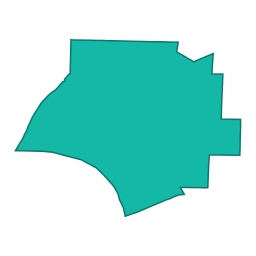 outline of Cetate, Dolj, Romania
{"feature_id": "2599482B60212600347898", "entity_name": "Cetate", "entity_type": "district", "adm_level": 2, "iso_a3": "ROU", "parent_name": "Romania", "parent_adm1": "Dolj", "projection": "albers", "projection_center": [23.068, 44.111], "detail": "fine", "context": "isolated", "style": "filled", "palette": "teal", "viewbox_px": 256, "rotation_deg": 0, "n_neighbors": 0, "source": "geoboundaries", "source_scale": "gbopen_adm2", "svg_char_len": 5314}
<svg xmlns="http://www.w3.org/2000/svg" viewBox="0 0 256 256"><path d="M239.9,154.8L239.9,154.4L239.9,153.8L239.9,153.5L239.9,152.9L240.0,151.1L240.0,149.5L240.0,149.2L240.0,148.3L240.0,148.0L240.0,147.7L240.0,147.3L240.0,147.0L240.1,146.1L240.1,145.5L240.1,145.2L240.1,144.8L240.1,143.6L240.1,142.9L240.1,142.3L240.2,141.5L240.2,140.9L240.2,140.6L240.1,140.3L240.1,140.2L240.2,139.5L240.2,139.2L240.2,138.9L240.2,138.0L240.2,137.6L240.3,137.3L240.3,136.7L240.3,136.4L240.3,135.7L240.3,135.4L240.3,135.1L240.3,134.8L240.4,134.4L240.4,134.1L240.4,133.7L240.4,133.1L240.4,132.0L240.4,131.1L240.4,130.8L240.5,130.2L240.5,129.9L240.5,129.3L240.5,129.0L240.5,128.7L240.5,128.4L240.5,128.0L240.5,127.7L240.5,127.3L240.5,127.0L240.5,126.7L240.5,126.4L240.6,126.1L240.6,125.7L240.6,125.4L240.6,124.4L240.6,124.1L240.6,123.7L240.6,123.4L240.6,122.8L240.6,122.4L240.6,121.8L240.6,120.9L240.6,120.3L240.6,119.4L240.2,119.4L239.8,119.4L239.1,119.4L238.6,119.4L238.3,119.4L237.8,119.3L237.5,119.3L236.7,119.3L234.7,119.3L234.4,119.4L233.3,119.3L233.1,119.3L232.5,119.3L231.7,119.3L231.3,119.3L231.0,119.2L230.8,119.2L230.5,119.2L230.3,119.2L230.1,119.2L229.8,119.2L229.6,119.2L229.0,119.2L226.6,119.2L224.5,119.2L223.4,119.2L222.2,119.2L221.2,119.1L221.2,118.6L221.2,117.6L221.3,116.5L221.3,115.5L221.3,114.5L221.4,113.5L221.4,112.4L221.4,111.4L221.4,110.4L221.5,109.4L221.5,108.4L221.5,107.4L221.6,105.3L221.6,104.3L221.7,103.4L221.7,102.9L221.7,102.4L221.7,102.2L221.9,97.9L222.0,94.9L222.1,92.3L222.3,89.2L222.3,87.5L222.4,86.2L222.5,84.5L222.5,83.4L222.5,82.9L222.6,82.5L222.6,81.0L222.6,80.4L222.6,80.1L222.6,79.9L222.7,79.4L222.7,78.8L222.7,78.3L222.7,77.8L222.7,77.2L222.8,76.8L222.8,76.3L222.8,74.9L222.9,74.1L215.3,74.1L212.9,74.1L212.1,74.1L211.9,74.0L212.0,71.9L212.1,71.0L212.1,70.6L212.1,69.8L212.1,69.4L212.2,69.0L212.2,67.8L212.3,66.2L212.4,65.4L212.4,64.6L212.5,63.8L212.5,63.4L212.5,63.1L212.6,62.6L212.6,62.2L212.6,61.7L212.6,61.2L212.7,60.7L212.9,57.9L212.9,57.2L213.0,56.5L213.0,55.8L213.2,53.8L213.2,53.6L212.3,54.0L211.1,54.5L210.8,54.6L210.5,54.7L206.2,56.5L203.6,57.6L201.2,58.6L199.0,59.5L196.9,60.4L195.4,61.1L195.0,61.3L193.9,61.9L192.7,61.2L191.8,60.6L191.1,60.2L190.2,59.7L188.4,58.7L186.8,57.8L185.4,56.9L184.7,56.5L184.0,56.1L182.7,55.4L181.6,54.7L180.2,53.9L178.8,53.1L177.5,52.4L176.9,52.0L176.8,51.9L176.8,51.7L176.8,51.3L176.9,50.2L177.0,50.0L177.0,49.6L177.1,49.2L177.2,48.7L177.2,48.3L177.3,47.8L177.5,46.8L177.6,46.2L177.6,45.7L177.8,45.0L177.8,44.7L178.2,42.3L178.2,42.2L173.6,42.1L168.6,42.0L164.8,41.9L159.7,41.8L151.4,41.7L143.3,41.5L139.8,41.4L137.9,41.4L132.2,41.3L130.4,41.2L129.3,41.2L127.6,41.1L126.6,41.1L115.4,40.8L113.8,40.7L112.1,40.7L111.7,40.7L111.4,40.6L111.0,40.7L110.8,40.7L110.7,40.7L109.8,40.7L108.6,40.7L107.8,40.7L106.6,40.6L105.2,40.6L104.7,40.6L104.3,40.5L104.1,40.5L103.6,40.5L97.4,40.4L97.0,40.4L96.6,40.4L96.3,40.5L96.2,40.5L95.5,40.4L95.3,40.4L94.7,40.4L94.3,40.4L92.6,40.3L92.4,40.3L92.1,40.3L91.4,40.2L91.2,40.2L90.8,40.3L90.7,40.3L89.8,40.2L89.2,40.2L88.7,40.2L87.8,40.2L87.3,40.2L86.7,40.2L86.4,40.2L86.0,40.1L85.6,40.2L84.4,40.1L84.2,40.1L83.8,40.2L82.5,40.2L81.8,40.1L80.1,40.1L79.7,40.1L78.8,40.1L77.8,40.1L77.2,40.1L75.9,40.0L75.4,40.0L74.5,40.0L72.2,39.9L71.9,39.9L71.5,39.9L71.1,39.8L70.9,39.8L71.0,40.1L71.0,40.6L70.9,43.1L70.9,43.3L70.9,44.4L70.9,45.1L70.7,50.2L70.7,50.7L70.7,51.7L70.6,53.5L70.6,55.3L70.6,56.1L70.5,57.4L70.6,59.0L70.5,59.6L70.5,60.3L70.5,61.7L70.4,62.0L70.5,62.3L70.4,62.5L70.4,63.1L70.4,63.9L70.3,64.6L70.3,65.0L70.3,66.3L70.2,68.9L70.2,69.6L70.2,70.2L70.2,70.5L70.2,71.0L70.2,71.3L70.1,73.7L70.1,73.8L70.0,74.1L69.9,74.2L69.5,74.2L69.2,74.3L68.9,74.4L68.8,74.5L68.2,75.0L67.7,75.6L67.5,75.8L67.3,76.1L67.1,76.3L67.0,76.5L66.5,77.0L66.2,77.5L65.7,78.0L65.2,78.7L64.9,78.9L64.8,79.2L64.8,79.4L64.8,79.5L64.7,79.5L64.9,79.9L64.9,80.0L65.0,80.1L65.0,80.3L65.0,80.6L64.9,80.8L64.8,81.1L64.7,81.3L64.2,81.5L63.8,81.5L63.6,81.5L63.4,81.4L63.2,81.5L62.9,81.6L62.7,81.8L62.5,82.0L62.3,82.1L61.8,82.9L61.5,83.2L61.3,83.4L60.4,84.4L59.0,86.0L57.7,87.6L56.2,89.2L54.6,90.5L52.4,92.0L50.9,93.3L49.9,94.0L49.7,94.1L49.3,94.7L48.5,95.1L48.1,95.6L46.8,97.0L45.9,97.9L45.1,98.8L43.9,100.1L42.6,101.5L41.3,103.0L40.4,104.3L37.0,109.8L36.3,110.8L35.3,112.3L34.0,114.5L33.2,115.9L32.6,116.8L32.4,117.2L31.2,119.8L28.3,126.2L26.6,130.4L26.6,130.8L26.6,131.0L26.4,131.3L26.1,131.5L25.3,133.0L24.3,135.0L23.4,137.0L23.0,138.0L15.4,150.7L18.7,150.7L19.4,150.7L42.6,151.3L52.4,152.2L59.3,154.0L61.7,154.7L62.1,154.8L62.7,155.0L81.4,159.8L96.3,167.9L102.6,173.9L103.0,174.3L108.1,179.8L108.4,180.2L108.8,180.7L113.6,186.1L118.0,193.8L119.5,199.7L123.3,207.7L125.2,215.7L125.2,216.2L138.9,211.5L142.0,210.1L146.8,208.1L149.1,207.0L167.7,199.3L168.6,199.0L169.4,198.9L171.1,198.1L172.8,197.3L174.3,196.6L178.1,195.2L179.4,194.8L180.1,194.8L183.3,194.5L184.3,194.4L183.9,193.6L183.7,193.3L183.2,192.3L182.5,191.3L182.1,190.5L180.5,187.7L180.4,187.5L181.0,187.4L183.2,187.4L184.4,187.4L187.2,187.5L188.7,187.5L190.7,187.6L194.8,187.6L198.5,187.6L206.0,187.8L207.8,187.7L208.1,179.2L208.2,176.3L208.3,173.8L208.8,162.6L209.0,159.7L209.3,155.0L210.3,154.9L215.0,155.0L219.9,155.0L227.4,155.1L230.7,155.1L231.1,155.1L231.9,155.1L232.4,155.1L234.1,155.2L238.0,155.2L238.5,155.2L239.8,155.2L239.9,154.8Z" fill="#14b8a6" stroke="#0f766e" stroke-width="1.5"/></svg>